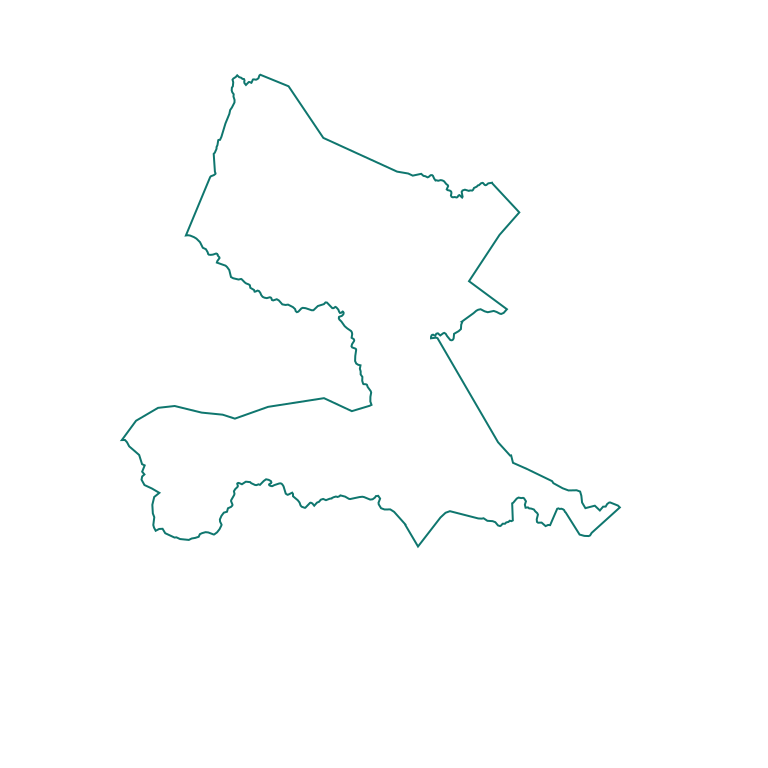 Central Forest Reserve, Soufrière, Saint Lucia, rotated 295°
{"feature_id": "8701671B48782263961868", "entity_name": "Central Forest Reserve", "entity_type": "district", "adm_level": 2, "iso_a3": "LCA", "parent_name": "Saint Lucia", "parent_adm1": "Soufrière", "projection": "orthographic", "projection_center": [-60.974, 13.868], "detail": "fine", "context": "isolated", "style": "outline", "palette": "teal", "viewbox_px": 768, "rotation_deg": 295, "n_neighbors": 0, "source": "geoboundaries", "source_scale": "gbopen_adm2", "svg_char_len": 6166}
<svg xmlns="http://www.w3.org/2000/svg" viewBox="0 0 768 768"><g transform="rotate(295 384 384)"><path d="M416.1,202.6L417.2,208.0L418.8,210.1L418.8,210.7L417.2,215.0L416.9,216.5L417.1,219.3L416.8,220.7L414.7,222.2L414.3,226.4L413.0,227.7L413.5,228.5L415.2,229.9L415.4,231.3L414.4,233.3L412.7,235.2L411.7,237.2L411.7,239.2L412.3,241.5L414.3,243.8L414.5,244.7L414.2,245.6L412.8,246.9L412.9,248.2L415.5,251.0L415.3,253.4L413.2,258.2L414.0,261.3L415.4,263.5L415.2,269.0L414.3,271.8L412.7,273.2L412.3,274.7L413.4,275.8L417.6,277.2L418.7,278.2L419.6,281.0L420.3,287.4L421.1,288.9L426.7,291.1L431.0,295.8L433.2,296.5L433.7,297.9L430.9,305.1L431.5,306.3L433.3,307.3L433.3,308.4L432.1,311.2L430.6,312.7L429.8,314.1L430.5,315.1L432.2,315.9L432.2,316.4L431.4,317.4L429.9,317.7L427.9,317.0L425.9,314.9L424.6,315.2L423.6,316.2L422.6,319.0L419.8,323.9L418.9,327.0L418.1,331.8L417.3,333.0L415.8,334.1L412.2,335.1L411.9,337.6L411.1,338.5L410.1,338.7L406.6,338.2L404.4,338.6L403.7,339.7L404.0,343.2L403.7,344.0L403.0,344.4L397.3,346.1L392.6,348.1L390.8,350.2L390.5,352.5L391.0,354.8L387.6,355.7L385.6,357.5L382.8,358.8L381.3,361.4L377.7,362.9L375.7,364.7L375.2,365.4L376.1,367.7L376.1,368.8L374.4,370.5L371.9,375.0L370.8,376.0L366.6,377.1L362.4,379.0L359.8,381.5L358.1,380.1L345.8,366.3L345.8,335.6L314.3,288.6L289.6,263.5L288.0,250.7L281.0,230.8L275.6,203.6L266.9,189.3L245.9,174.8L222.4,170.1L223.8,172.9L222.6,175.7L219.8,179.4L216.2,192.1L209.1,198.6L209.1,201.5L202.3,201.9L200.8,205.1L198.0,203.9L194.8,204.7L191.2,209.6L191.2,217.8L190.4,226.4L184.5,223.5L176.6,225.1L169.0,229.2L166.2,232.1L158.7,234.5L156.7,236.2L154.5,239.1L157.6,241.5L159.2,244.5L156.3,248.8L156.3,259.0L157.3,260.7L157.3,264.7L160.2,273.0L162.7,275.0L164.7,277.9L167.2,280.6L170.1,280.6L172.0,282.2L174.3,284.9L175.2,287.5L175.6,293.1L175.9,293.7L179.0,295.4L182.9,296.3L187.1,296.4L187.9,296.2L190.0,293.6L191.9,292.5L195.8,292.4L199.7,293.2L201.9,295.7L205.4,295.1L208.0,297.3L209.8,297.9L210.7,297.6L213.1,295.0L214.0,294.6L220.1,295.1L221.3,294.9L223.4,293.3L225.9,293.6L228.7,294.7L229.8,294.7L231.6,293.1L232.2,293.2L232.8,293.8L233.0,294.7L233.1,297.6L237.0,300.0L237.3,300.7L238.5,304.2L238.0,305.5L238.0,309.9L238.5,311.2L240.0,312.6L240.2,314.2L245.3,316.0L247.8,317.4L248.4,320.0L248.2,322.5L247.3,323.5L246.4,323.5L244.9,322.4L244.1,322.4L243.7,323.2L243.8,324.8L244.2,325.9L246.0,327.3L249.6,331.1L250.3,332.4L250.3,333.3L250.0,334.3L248.8,336.2L243.1,341.3L242.8,343.3L243.3,344.0L246.7,346.7L245.9,348.0L243.8,349.0L242.2,355.0L240.9,357.5L238.6,359.8L238.0,361.3L238.3,364.5L238.6,365.0L245.0,367.2L245.5,367.8L245.5,369.5L244.2,372.2L248.2,373.4L249.8,374.9L252.4,375.6L254.1,377.4L254.2,380.5L257.2,383.4L258.1,384.9L258.5,384.9L260.0,386.1L261.7,388.0L262.0,389.7L263.5,391.1L264.6,391.5L265.5,396.3L265.1,400.7L265.4,401.9L271.2,409.6L272.7,412.1L273.1,413.8L273.4,420.3L274.7,422.4L277.3,423.8L278.9,424.0L280.2,426.0L278.5,428.9L274.1,429.2L272.7,430.1L270.2,433.8L270.5,437.5L273.0,442.7L272.4,447.2L265.7,462.8L265.4,462.7L251.1,483.5L286.9,491.6L293.3,494.2L296.6,497.5L302.0,526.3L303.3,529.5L304.4,531.0L303.7,535.5L305.6,540.4L305.8,543.3L304.0,547.1L304.3,549.2L305.0,549.8L307.5,550.6L308.5,552.7L310.2,553.3L311.6,555.1L313.2,555.7L313.6,557.5L314.8,558.4L330.0,550.6L331.0,551.3L336.2,552.7L337.9,553.9L338.6,556.6L339.6,558.2L339.6,559.2L337.7,562.2L334.1,562.7L331.7,564.6L333.0,566.6L332.6,568.1L333.3,570.1L333.6,572.9L332.5,574.9L331.7,577.5L330.7,578.7L325.9,579.6L323.7,580.9L323.4,582.3L325.0,585.4L323.5,590.5L325.6,592.3L326.3,594.2L344.1,593.7L345.0,594.7L345.0,596.1L345.9,597.4L346.1,599.1L345.8,600.6L344.6,602.0L344.4,602.9L330.2,624.9L331.0,629.7L332.7,633.8L333.9,634.8L336.8,635.1L371.8,649.9L372.7,647.4L372.2,638.9L371.6,638.1L369.6,637.0L366.6,636.7L365.4,634.4L360.6,633.1L362.8,626.5L356.6,619.0L360.3,613.6L366.1,610.1L369.4,607.2L369.1,603.5L365.5,596.2L365.0,590.0L365.7,579.4L367.0,577.4L367.4,549.5L367.1,534.2L373.0,529.4L372.4,528.6L379.4,512.0L448.1,413.2L448.1,411.7L445.3,407.3L446.6,406.7L448.3,406.6L449.0,407.0L449.5,407.9L449.3,408.8L449.5,410.0L451.7,410.2L452.7,411.4L451.8,414.5L455.1,416.3L455.8,417.0L455.6,418.7L454.1,420.9L451.9,425.5L452.1,426.6L452.7,427.4L453.6,427.8L454.9,427.8L459.1,426.3L463.4,429.3L466.3,430.5L470.4,428.9L473.7,428.7L473.6,428.3L486.0,435.2L489.4,436.7L491.1,438.0L492.6,440.0L492.4,444.5L492.9,447.7L496.6,452.6L496.9,455.7L496.7,459.2L497.0,460.6L499.0,462.4L503.7,463.8L513.1,417.6L568.1,425.7L596.7,434.1L611.6,397.3L612.1,396.9L609.9,393.7L607.7,392.7L607.1,392.0L607.0,391.1L608.0,388.8L607.9,388.2L606.9,387.1L604.4,386.1L603.7,385.2L602.0,384.6L599.7,382.7L597.7,382.7L596.6,382.2L595.8,380.2L594.9,379.3L594.3,375.2L592.6,373.4L590.9,373.2L586.9,376.1L586.0,376.0L587.1,372.6L586.4,371.9L584.5,371.6L583.8,371.1L583.3,369.0L582.3,367.5L582.2,366.2L583.1,365.0L585.6,364.4L586.8,363.5L587.1,361.9L586.6,359.7L586.9,358.6L590.5,358.5L591.1,357.9L591.6,355.8L593.1,352.8L593.2,351.1L592.8,349.3L591.1,347.2L590.8,345.4L590.2,344.7L591.4,342.6L593.4,340.3L593.6,339.2L592.9,338.0L590.4,336.9L589.7,336.1L589.8,333.7L589.3,331.8L590.2,328.9L585.0,322.0L585.0,317.0L582.0,306.1L581.4,225.0L613.5,171.7L612.0,141.2L611.0,140.7L608.0,141.0L606.6,140.2L605.7,139.4L605.1,137.3L604.5,136.5L601.2,136.6L600.9,136.5L600.9,134.7L600.5,133.8L596.7,132.5L597.7,130.4L598.8,129.6L600.2,129.3L601.2,128.2L600.7,126.7L601.2,125.4L600.9,123.0L601.7,120.5L599.6,119.9L597.2,118.4L595.8,118.1L593.8,119.8L592.2,120.4L589.9,121.2L588.3,120.9L585.7,121.9L584.2,123.3L583.1,125.3L580.9,126.1L578.3,128.5L576.0,129.5L570.3,129.3L567.3,128.8L563.4,129.7L553.1,130.2L539.2,132.2L536.0,132.2L535.2,130.8L534.7,130.8L530.1,132.1L528.0,132.1L526.4,132.8L522.2,132.9L520.6,132.4L505.0,141.0L503.7,142.3L503.1,142.4L501.4,141.5L499.1,139.3L498.0,139.0L434.9,141.7L436.0,143.5L436.6,145.6L436.8,149.7L436.5,152.5L434.8,157.3L430.9,162.2L430.9,165.6L428.9,168.5L427.5,169.7L427.2,170.6L427.8,172.4L429.0,174.3L431.3,176.7L431.4,177.8L430.8,178.8L430.2,179.0L429.2,181.3L428.6,181.7L425.1,181.0L423.4,181.2L424.3,190.4L423.7,192.3L421.9,195.6L416.3,200.1L416.1,202.6Z" fill="none" stroke="#0f766e" stroke-width="2"/></g></svg>